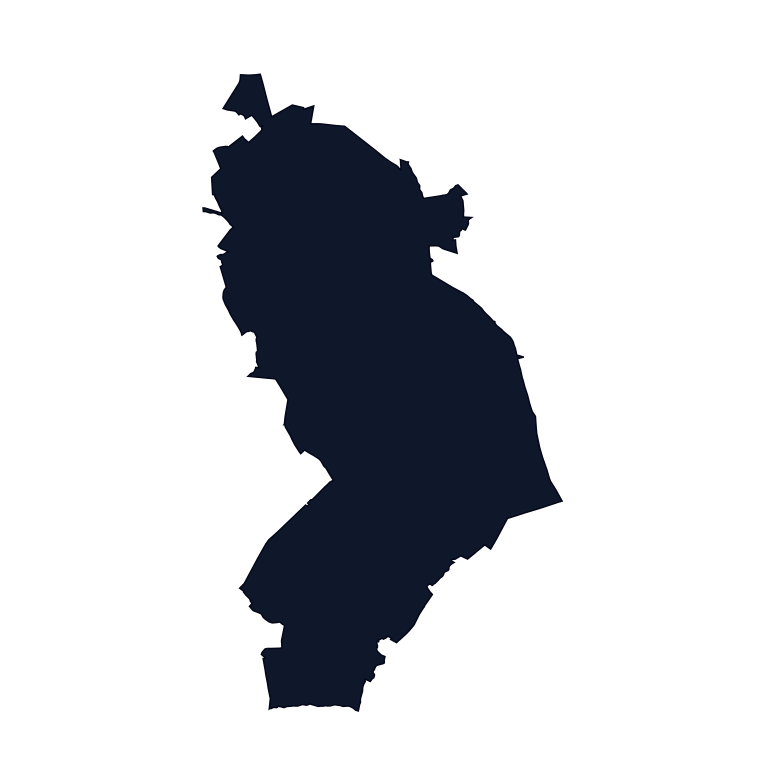 Granicesti, Suceava, Romania (Robinson projection), rotated 354°
{"feature_id": "2599482B75349817516737", "entity_name": "Granicesti", "entity_type": "district", "adm_level": 2, "iso_a3": "ROU", "parent_name": "Romania", "parent_adm1": "Suceava", "projection": "robinson", "projection_center": [26.065, 47.795], "detail": "fine", "context": "isolated", "style": "filled", "palette": "ink", "viewbox_px": 768, "rotation_deg": 354, "n_neighbors": 0, "source": "geoboundaries", "source_scale": "gbopen_adm2", "svg_char_len": 6146}
<svg xmlns="http://www.w3.org/2000/svg" viewBox="0 0 768 768"><g transform="rotate(354 384 384)"><path d="M324.3,706.5L326.2,700.2L327.3,698.3L327.4,696.1L327.9,693.9L330.5,687.3L331.1,683.5L332.4,680.5L334.1,678.2L334.3,677.4L333.7,676.7L334.5,675.6L339.3,678.4L341.2,676.2L342.0,675.6L343.0,675.2L344.0,673.1L344.1,672.1L343.9,671.4L343.3,670.9L343.0,669.8L343.0,669.1L343.3,668.4L343.7,667.8L344.7,667.0L344.9,666.0L346.3,663.9L347.6,663.0L353.9,662.0L354.9,661.6L355.2,661.2L355.2,660.4L355.6,657.7L356.5,655.2L353.0,653.3L349.8,649.6L349.1,648.2L348.8,646.7L350.0,645.0L350.1,643.4L349.6,640.6L350.0,639.9L351.7,639.7L351.7,639.2L351.5,638.4L355.3,636.7L356.8,637.7L360.1,636.4L361.3,635.1L364.9,637.5L363.9,638.7L369.4,642.5L379.4,635.2L382.9,632.3L387.7,627.7L389.0,626.2L394.9,616.9L399.4,611.2L401.0,609.5L401.2,608.7L410.1,598.4L407.9,595.4L405.5,590.7L405.3,590.2L405.6,589.8L407.1,588.2L408.9,587.7L410.8,589.3L411.3,589.2L412.5,588.0L413.6,587.8L416.9,585.2L419.4,582.9L422.1,581.3L423.3,579.7L424.0,578.0L424.3,577.6L426.0,576.8L428.0,576.2L428.8,575.6L429.2,574.7L429.3,573.1L430.4,571.5L432.4,570.0L435.1,568.8L433.2,567.4L432.6,566.3L432.7,565.7L433.3,565.4L436.3,565.7L442.3,562.9L448.8,566.8L457.2,561.3L457.2,561.2L467.4,554.5L472.8,559.3L479.8,549.7L492.7,530.6L510.4,526.9L527.4,523.6L545.7,519.6L548.9,519.1L543.6,506.7L539.5,498.4L538.6,495.3L537.1,486.9L533.9,473.3L532.2,463.8L530.7,449.3L530.8,442.4L531.2,432.0L528.9,427.7L528.2,425.7L526.7,418.1L525.6,410.3L523.7,401.5L522.7,394.9L522.1,392.0L521.2,383.5L520.5,380.1L519.4,372.8L525.3,371.9L525.3,371.6L519.1,369.1L518.4,362.5L517.5,359.1L516.9,355.8L516.1,353.7L514.5,350.7L508.2,344.2L506.9,342.4L502.3,337.8L500.9,335.6L500.7,334.9L500.9,333.9L500.6,333.4L499.6,333.2L499.2,332.9L496.0,328.5L492.8,324.8L491.0,322.4L488.8,318.7L482.0,311.8L481.1,309.9L478.7,307.9L475.9,304.9L472.4,301.9L470.9,301.0L462.2,295.1L443.2,280.9L442.7,280.0L442.5,278.1L442.6,271.0L442.8,268.0L443.6,267.4L445.1,267.0L445.5,266.5L444.9,265.3L443.4,264.1L442.8,263.2L442.8,256.7L443.2,251.3L450.8,252.0L452.9,252.5L454.5,253.7L456.2,255.2L457.8,256.1L470.4,261.6L469.9,254.5L470.1,248.2L467.6,248.2L468.0,245.4L473.6,245.2L474.5,243.8L475.1,240.2L476.8,239.2L478.0,237.6L478.8,238.0L480.1,239.0L481.1,239.4L484.0,234.8L484.6,233.7L484.8,232.8L484.8,230.3L485.1,229.8L485.7,229.1L488.5,227.6L480.6,226.3L480.8,223.0L481.4,219.9L481.6,210.0L479.8,205.0L486.5,203.7L478.4,193.7L476.0,194.3L473.6,196.7L470.4,197.9L468.3,200.9L466.6,202.2L464.7,202.5L462.0,202.5L460.1,202.8L443.2,203.6L442.6,202.9L442.1,201.7L441.6,197.5L440.2,195.3L439.7,193.9L440.1,192.0L440.2,190.4L438.6,187.6L438.0,185.7L437.9,183.9L437.4,182.1L434.8,177.6L433.9,175.3L433.4,172.7L430.9,167.9L431.5,165.7L429.7,165.5L423.7,162.6L423.8,164.1L423.5,167.1L423.6,169.4L423.1,172.7L422.3,172.2L420.6,169.5L419.1,168.0L414.0,164.2L408.1,159.1L399.6,150.5L371.8,123.6L363.2,122.0L349.2,118.9L346.0,118.4L338.2,117.6L343.2,100.1L332.9,102.4L332.9,100.8L322.0,97.0L300.2,106.5L297.2,88.1L294.9,72.3L293.3,63.0L288.9,63.1L282.1,62.8L273.6,61.5L272.6,66.8L271.4,69.5L252.8,93.2L256.9,95.0L264.8,97.1L266.4,98.9L267.8,101.1L269.7,100.3L272.1,101.8L273.3,103.2L274.0,105.8L277.8,104.0L280.8,102.9L285.4,110.1L287.5,114.5L288.1,115.2L289.7,114.9L289.1,115.6L289.1,118.8L281.2,125.0L274.5,129.7L271.9,126.7L270.8,125.7L269.2,122.7L255.4,131.2L254.9,131.8L254.4,132.0L253.1,131.5L251.5,131.2L245.3,131.4L243.0,131.9L240.5,133.2L238.6,134.5L239.4,136.1L242.7,147.3L244.2,152.9L234.2,160.4L233.4,177.7L235.2,178.1L235.1,178.4L235.8,181.1L237.6,185.4L238.9,189.7L240.8,194.9L240.7,197.2L224.1,190.2L222.4,190.0L222.4,193.6L224.8,193.9L229.1,195.8L229.5,195.5L230.1,195.8L231.1,195.9L231.7,195.6L235.0,196.9L237.3,198.4L239.2,198.7L240.3,199.3L242.2,201.1L244.7,204.2L246.7,207.0L247.7,209.3L248.8,210.1L250.5,212.3L247.2,214.7L233.4,229.4L233.8,230.2L235.9,232.2L241.8,235.3L242.9,236.2L241.4,236.6L238.3,238.1L237.5,238.4L234.8,238.2L231.8,239.3L231.5,239.7L232.5,241.8L235.0,243.3L235.3,243.9L235.4,245.9L236.0,248.0L235.9,248.8L235.0,249.6L233.4,250.1L237.2,270.7L237.1,271.5L235.4,273.3L234.7,274.3L233.9,276.1L233.0,280.3L232.9,281.8L233.1,283.2L234.5,288.2L237.2,294.6L238.5,298.5L241.2,304.6L244.6,311.1L246.7,315.9L247.6,318.7L247.6,320.0L247.8,320.6L252.6,317.6L253.8,317.4L254.8,317.5L256.8,317.0L258.9,318.3L259.9,318.5L260.8,319.7L262.2,323.4L262.5,323.6L262.6,324.1L261.7,325.8L261.5,327.6L261.8,330.8L261.8,336.3L261.7,337.8L261.6,338.4L260.4,339.1L260.0,340.6L260.0,346.7L259.6,348.4L261.5,354.6L258.1,354.1L257.7,355.6L255.9,358.4L254.7,359.2L253.1,359.5L251.9,360.2L251.0,361.1L249.6,362.1L276.7,367.6L280.4,375.2L286.8,389.2L286.8,389.8L282.3,406.1L280.7,413.6L280.4,413.9L280.9,413.9L281.1,414.5L281.5,416.7L285.6,425.9L286.7,429.4L289.0,435.2L292.7,442.6L293.9,444.6L298.1,441.3L302.1,444.5L306.3,447.5L311.1,451.3L312.4,452.7L313.4,454.3L315.8,459.7L317.6,461.7L319.8,466.7L323.6,474.5L320.1,475.8L315.9,479.2L315.3,479.5L300.2,491.8L299.2,491.4L295.6,494.4L297.0,496.2L294.7,497.6L293.4,496.2L263.0,519.8L253.1,527.0L249.8,530.7L240.0,544.5L224.2,567.8L219.1,572.0L223.1,575.7L222.6,576.3L224.7,579.6L228.0,583.7L228.5,586.1L229.9,588.5L227.0,591.0L230.2,595.7L236.0,598.6L238.0,599.9L239.6,603.6L241.9,606.0L245.0,608.6L247.9,609.9L252.0,610.0L255.8,609.8L257.0,611.5L259.9,613.7L255.5,627.7L255.2,629.0L255.1,633.2L254.9,635.3L254.1,635.8L252.8,635.9L243.6,635.2L240.2,634.8L238.0,635.1L234.5,638.4L234.5,638.9L233.8,640.1L235.9,642.5L236.8,642.9L236.9,643.5L236.7,644.4L235.1,644.4L236.0,656.8L236.1,660.6L236.9,669.8L237.1,674.9L238.1,685.0L235.9,695.2L236.5,694.9L238.1,694.9L239.2,694.4L240.9,694.1L243.2,694.6L244.0,694.4L245.2,693.4L245.5,693.4L246.1,693.8L248.2,694.3L249.1,694.8L250.6,695.3L251.8,695.2L252.8,694.7L254.2,694.6L260.9,694.7L262.7,695.1L264.9,695.2L269.5,694.2L273.0,695.3L273.3,695.0L274.0,695.2L275.7,694.9L276.0,694.2L280.9,696.1L284.1,697.5L285.3,697.8L287.7,697.7L289.3,698.0L292.4,697.8L294.3,698.3L297.2,698.5L301.2,697.8L307.0,699.2L309.4,700.3L314.7,700.5L316.3,701.0L318.5,702.4L319.9,703.5L321.7,705.4L324.3,706.5Z" fill="#0f172a" stroke="#020617" stroke-width="1.5"/></g></svg>